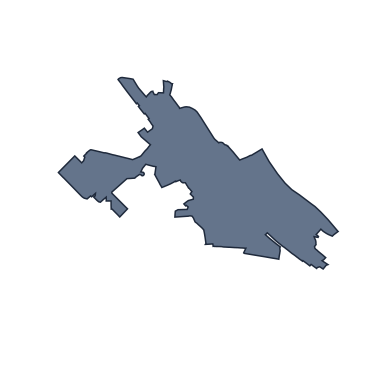 Līvāni, Livanu, Latvia (orthographic projection), rotated 148°
{"feature_id": "27541924B22543300679500", "entity_name": "Līvāni", "entity_type": "district", "adm_level": 2, "iso_a3": "LVA", "parent_name": "Latvia", "parent_adm1": "Livanu", "projection": "orthographic", "projection_center": [26.183, 56.355], "detail": "fine", "context": "isolated", "style": "filled", "palette": "slate", "viewbox_px": 384, "rotation_deg": 148, "n_neighbors": 0, "source": "geoboundaries", "source_scale": "gbopen_adm2", "svg_char_len": 5723}
<svg xmlns="http://www.w3.org/2000/svg" viewBox="0 0 384 384"><g transform="rotate(148 192 192)"><path d="M202.9,134.7L202.0,134.3L201.8,133.9L200.7,133.2L200.4,133.0L196.7,130.6L196.1,130.2L194.3,128.6L192.4,127.3L190.0,125.6L189.5,125.3L185.2,122.2L182.8,120.6L179.8,118.4L179.3,118.1L177.4,116.7L177.0,116.3L176.4,116.0L176.1,115.8L180.9,112.7L180.7,112.8L180.0,112.1L172.2,105.2L164.7,98.6L158.9,93.4L156.4,91.2L154.6,89.6L154.3,89.3L154.0,89.0L152.1,91.3L150.1,93.5L149.1,94.7L148.5,95.3L147.8,96.7L147.1,98.2L146.2,98.6L147.1,101.0L148.0,103.3L149.4,107.4L150.8,111.5L151.6,114.2L152.4,116.9L151.7,117.0L149.8,117.5L148.6,113.3L146.8,106.5L146.7,106.1L145.4,102.3L144.9,101.0L144.9,100.9L143.8,97.8L143.7,97.5L143.1,96.3L142.7,95.2L142.3,94.0L141.7,92.5L140.4,88.7L139.7,86.7L139.2,85.6L138.6,84.2L138.1,82.9L137.4,80.9L137.2,80.5L136.4,78.2L135.9,77.1L135.5,76.1L135.1,75.1L134.9,74.7L134.3,75.0L132.3,69.9L131.2,66.9L130.9,67.0L129.7,67.4L129.6,67.5L129.4,67.5L129.3,67.3L128.1,64.2L126.8,61.1L125.9,61.6L123.3,60.9L121.6,57.2L119.8,57.8L117.3,58.7L117.2,58.8L115.2,58.4L118.1,64.8L116.1,64.8L113.4,65.5L114.0,67.4L114.6,69.4L115.5,72.0L116.4,74.7L116.9,76.7L117.2,77.4L117.4,78.0L117.5,78.3L117.5,78.8L117.6,79.4L117.6,79.6L117.4,79.9L117.2,80.1L116.9,80.6L116.9,80.9L116.6,81.0L114.7,81.6L114.6,82.2L114.0,82.9L113.2,84.4L112.7,85.8L112.4,88.4L112.1,89.4L109.2,86.7L108.3,87.3L109.2,90.2L103.9,91.7L102.4,92.2L101.6,89.2L100.1,85.9L98.8,83.6L96.9,80.9L96.4,80.2L95.4,80.4L94.7,80.6L89.0,81.1L89.1,81.4L91.3,96.5L93.4,106.8L95.4,114.5L97.1,118.7L102.4,132.6L106.1,141.0L108.4,150.2L109.8,161.9L110.5,176.8L109.8,191.4L116.1,191.5L120.3,191.6L122.2,191.6L123.1,192.1L126.9,192.4L132.1,193.4L134.6,193.8L135.5,200.5L135.9,203.9L137.0,210.0L137.2,212.0L137.7,212.1L137.7,213.1L137.9,213.4L139.2,214.8L139.3,215.3L139.9,217.6L140.9,218.6L142.3,219.5L143.2,219.5L144.7,224.5L144.9,226.2L145.0,248.2L145.0,250.2L145.3,257.2L145.5,258.0L146.0,259.9L147.5,262.7L149.2,265.3L151.7,267.3L153.4,268.1L155.8,268.8L158.2,269.5L158.0,269.9L157.9,270.4L158.0,271.0L158.2,272.7L158.3,274.4L158.5,276.9L158.6,277.9L158.7,278.6L158.8,280.1L159.0,283.6L159.4,286.2L158.1,287.2L157.1,288.2L155.5,289.6L154.5,290.7L153.0,292.3L151.9,293.4L151.5,294.1L151.3,294.2L152.0,294.7L152.3,295.8L152.8,297.0L153.9,298.8L154.1,298.6L155.6,299.7L157.3,301.6L159.7,297.1L160.0,296.4L160.5,295.6L161.3,294.6L163.6,291.2L164.0,291.4L167.8,294.0L170.0,293.1L172.3,294.6L172.1,297.5L171.8,298.2L173.0,298.7L173.5,298.7L174.2,298.7L174.8,298.5L175.7,298.3L176.2,298.2L177.4,297.8L178.4,297.7L178.8,297.5L180.4,296.9L180.8,299.0L181.3,302.3L181.9,306.3L182.2,308.2L182.3,310.7L182.2,318.3L182.2,318.9L184.7,321.2L190.5,326.1L191.3,326.5L192.0,326.8L193.8,326.9L194.6,326.8L195.1,326.6L195.1,326.3L194.6,321.5L194.5,319.0L193.8,310.8L192.7,299.7L192.4,296.3L191.3,296.5L190.9,293.1L192.1,293.0L191.9,290.3L191.1,283.5L190.1,283.5L189.7,279.1L189.5,277.0L190.6,276.9L190.4,274.9L190.3,273.9L190.3,271.1L190.1,268.8L190.1,268.6L192.0,266.7L192.5,266.6L198.0,266.3L198.6,271.4L201.1,271.2L206.2,271.0L205.8,265.7L202.2,254.1L204.8,253.3L206.7,252.5L210.1,251.7L213.0,250.7L215.9,249.7L217.8,249.6L217.8,249.8L220.3,250.1L221.6,250.3L225.2,250.9L226.9,252.7L228.6,254.5L230.4,256.3L232.2,258.2L233.5,259.5L234.7,260.8L236.4,262.5L238.0,264.2L239.5,265.6L241.6,267.9L243.7,270.2L244.8,271.2L245.8,271.8L249.4,275.5L253.0,279.1L255.1,281.2L255.8,281.6L257.6,281.5L260.6,281.1L260.6,280.8L264.7,279.8L264.4,278.4L267.4,275.9L270.1,275.2L272.3,284.7L294.7,279.4L295.0,279.3L293.5,272.4L293.4,272.2L290.7,259.9L290.2,257.6L289.2,252.9L289.0,252.0L288.9,251.5L288.8,251.0L288.4,249.2L288.0,247.4L287.7,246.2L287.4,245.4L286.8,244.1L286.7,244.0L286.6,243.8L284.6,241.7L280.1,242.4L279.7,241.1L276.5,241.7L274.6,242.0L276.1,240.1L278.0,239.8L277.9,239.1L277.8,238.5L277.6,237.9L277.5,237.5L277.4,236.8L277.3,236.5L277.1,235.6L276.9,234.9L276.3,233.1L275.1,231.9L271.7,232.5L267.5,233.1L269.5,229.8L267.5,228.6L265.4,227.3L266.9,224.8L267.5,223.9L269.4,220.6L269.6,220.3L268.8,219.8L268.3,217.4L267.8,215.1L267.1,212.1L266.5,209.1L261.0,210.5L255.6,211.9L256.3,214.8L257.0,217.8L258.8,225.6L260.6,233.4L260.1,234.4L250.1,236.1L240.1,237.8L237.0,236.1L233.2,234.1L231.2,234.5L227.2,234.7L226.2,233.7L226.0,232.6L225.2,231.9L224.4,231.8L223.5,232.1L222.9,232.7L222.7,233.6L222.9,234.5L224.8,236.2L223.9,236.7L221.4,238.3L216.5,240.0L214.5,237.8L212.4,235.6L211.0,234.1L210.1,233.4L209.2,232.5L214.1,226.7L214.3,226.7L214.4,225.3L214.5,223.8L214.7,220.6L214.8,218.4L214.9,217.0L215.1,215.1L215.1,213.8L215.1,213.3L215.2,211.8L213.4,211.5L212.5,211.3L211.5,211.2L210.6,211.0L209.3,210.8L208.0,210.6L207.2,210.5L205.9,210.3L201.7,210.0L201.0,210.0L200.6,210.1L200.4,210.1L200.3,209.9L200.2,209.8L200.2,209.3L199.9,209.3L198.3,209.0L197.8,208.9L195.6,208.4L195.6,208.2L195.7,207.9L195.8,207.1L195.8,206.9L195.7,206.5L195.3,205.3L195.1,205.0L194.9,204.7L194.6,204.5L193.4,203.8L192.7,203.3L192.7,203.2L192.8,200.2L192.7,199.7L192.8,198.2L192.8,197.0L192.5,196.7L191.9,192.4L194.5,191.3L193.5,187.0L194.7,185.2L199.7,186.7L202.4,186.5L205.2,186.2L204.8,183.6L203.9,183.6L203.6,182.4L203.2,181.3L205.4,179.8L206.7,180.6L209.1,182.0L211.2,183.2L213.2,184.4L216.3,184.6L218.1,182.2L219.8,179.8L214.0,176.7L208.2,173.6L207.8,173.4L207.5,173.3L207.2,173.2L206.2,172.8L204.8,171.5L204.7,171.4L204.6,169.1L205.2,165.2L205.2,164.8L204.4,162.9L204.1,161.6L203.8,160.5L203.4,159.2L202.7,156.7L202.4,155.4L202.3,154.7L202.2,154.0L202.1,153.6L202.7,152.1L202.9,151.5L203.4,150.3L204.0,148.8L205.1,146.2L206.5,143.1L207.0,142.0L207.3,141.1L208.4,140.5L207.9,140.2L203.3,137.7L203.0,137.6L201.9,136.9L202.6,135.2L202.9,134.7Z" fill="#64748b" stroke="#1e293b" stroke-width="1.5"/></g></svg>